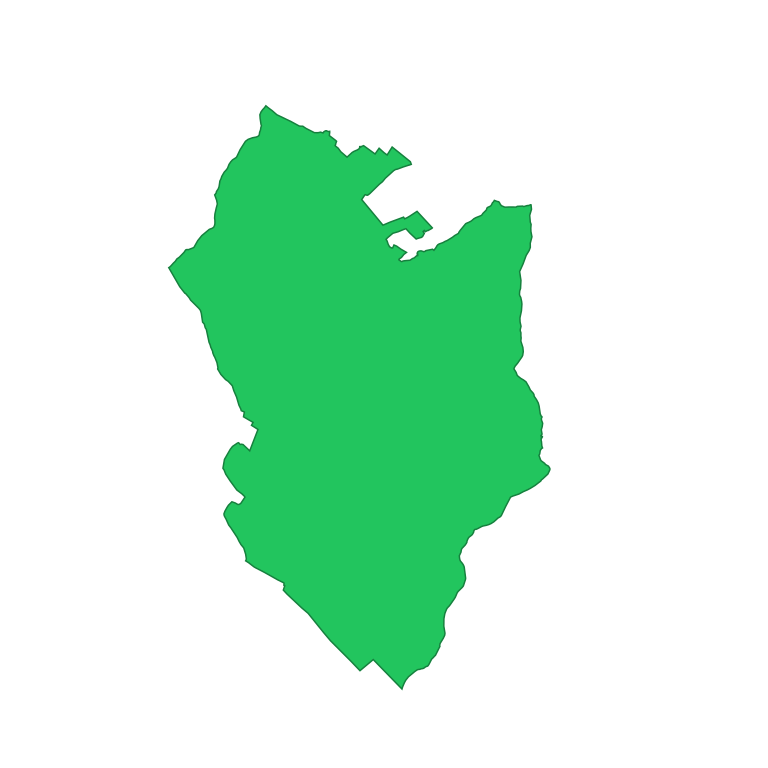 Osesti, Vaslui, Romania (Equal Earth projection), rotated 75°
{"feature_id": "2599482B5127091707181", "entity_name": "Osesti", "entity_type": "district", "adm_level": 2, "iso_a3": "ROU", "parent_name": "Romania", "parent_adm1": "Vaslui", "projection": "equal_earth", "projection_center": [27.44, 46.771], "detail": "fine", "context": "isolated", "style": "filled", "palette": "green", "viewbox_px": 768, "rotation_deg": 75, "n_neighbors": 0, "source": "geoboundaries", "source_scale": "gbopen_adm2", "svg_char_len": 6149}
<svg xmlns="http://www.w3.org/2000/svg" viewBox="0 0 768 768"><g transform="rotate(75 384 384)"><path d="M654.7,481.4L647.4,465.7L683.3,445.6L681.5,444.5L677.9,441.7L675.7,439.6L673.1,436.1L669.7,428.7L668.8,426.2L668.6,425.1L668.9,423.1L668.7,422.4L668.9,420.1L668.8,419.1L667.9,416.9L667.8,415.1L667.6,414.5L666.5,413.2L662.1,409.2L660.9,407.0L659.9,405.6L659.5,404.6L658.8,404.0L651.9,397.9L651.0,397.9L649.2,397.0L644.9,392.5L642.4,390.4L640.5,389.6L633.4,388.9L626.3,386.9L621.6,384.7L619.1,382.9L617.2,381.4L616.1,379.8L615.1,378.1L609.9,371.9L608.4,370.3L604.8,367.5L603.7,366.3L600.6,360.9L599.6,359.6L593.9,355.9L592.7,355.4L581.6,353.9L579.6,354.1L577.6,354.7L575.0,355.9L573.8,356.2L571.8,356.1L569.4,355.7L566.4,353.2L564.2,352.2L563.1,351.4L560.6,347.3L559.2,345.7L558.3,344.9L557.2,344.5L554.8,342.6L553.8,341.2L553.0,339.1L552.3,337.7L550.5,335.9L548.8,335.0L548.1,334.1L548.0,333.6L548.2,332.7L548.0,331.2L546.9,326.4L546.8,324.9L547.0,321.6L546.9,319.0L546.5,316.6L545.5,313.5L542.9,308.4L542.5,306.6L542.1,305.6L541.3,304.6L533.8,298.2L526.2,291.2L525.9,290.5L525.6,288.6L525.2,282.1L524.0,277.1L523.4,272.9L522.7,269.8L521.1,264.4L518.5,258.2L518.1,257.4L517.3,256.8L516.8,255.4L513.4,249.0L510.2,246.3L509.1,245.7L508.2,245.7L505.9,246.4L503.5,248.9L502.3,249.3L498.9,252.0L497.7,252.4L493.0,252.8L491.9,251.7L488.9,250.4L487.9,249.5L487.1,248.4L486.8,247.4L484.9,247.6L480.4,246.8L479.1,246.8L476.9,246.1L476.8,245.4L475.9,245.7L476.0,244.1L475.6,244.8L474.5,245.7L473.3,244.3L468.9,243.9L466.3,242.3L463.0,240.9L459.6,241.2L458.0,240.9L456.8,239.9L456.2,240.0L455.6,240.5L453.2,240.8L445.5,239.9L442.3,239.9L438.4,240.8L434.8,242.1L432.9,241.9L431.4,242.3L427.7,244.2L424.2,244.8L418.6,246.3L416.1,248.3L414.0,250.4L411.3,252.4L410.1,253.1L406.9,253.4L403.0,254.6L402.0,253.9L400.7,252.7L398.6,249.7L393.4,243.6L392.2,242.6L388.8,241.1L384.7,240.4L377.9,240.7L375.0,239.6L372.9,239.3L370.0,238.5L367.9,238.6L366.7,238.3L363.7,236.7L359.2,236.5L355.4,235.6L348.9,232.3L342.5,230.1L339.9,229.7L335.8,229.5L333.7,230.0L332.3,229.9L329.2,228.8L327.1,227.4L319.4,224.9L310.5,223.9L304.0,218.6L296.6,213.4L292.7,209.3L289.9,207.3L285.9,206.3L280.1,203.0L274.7,202.6L271.6,201.9L267.9,200.6L265.5,200.8L258.8,199.6L253.4,196.3L249.0,195.6L248.8,195.9L249.0,198.3L248.7,199.6L248.8,202.9L248.0,204.2L246.9,209.3L247.3,210.6L245.5,217.0L244.5,221.5L242.1,224.5L240.0,225.3L238.4,225.6L237.6,226.1L236.9,227.5L235.2,229.9L236.4,231.1L237.0,232.3L238.8,233.8L239.7,235.0L240.3,238.4L240.7,239.0L242.4,240.1L244.8,244.3L246.2,245.9L246.5,247.1L247.1,252.2L247.6,254.3L249.1,257.4L249.8,260.4L250.0,262.2L250.3,263.6L255.3,270.6L256.8,272.4L257.8,273.1L258.9,277.3L260.0,279.9L261.8,286.0L262.0,287.9L262.7,290.6L263.0,294.5L263.4,295.9L264.4,297.3L265.6,298.4L267.8,301.2L266.4,302.2L266.0,309.1L266.4,309.7L266.5,311.3L265.0,313.7L264.7,315.6L265.0,317.0L266.2,318.1L267.2,318.3L267.3,317.8L268.7,318.2L268.6,319.4L270.0,322.1L270.2,324.1L271.2,326.8L270.3,331.9L270.1,333.9L270.4,334.8L270.2,335.6L267.9,337.5L267.1,336.9L266.3,334.4L264.0,331.3L262.7,328.2L258.1,332.8L254.1,336.1L252.3,338.4L254.8,340.4L254.6,341.4L252.9,343.1L250.1,343.8L246.6,344.0L244.8,344.6L243.6,342.6L240.7,336.4L240.6,330.8L239.8,324.8L239.7,322.6L245.0,319.9L252.3,315.4L252.1,313.7L252.1,309.8L251.5,308.5L249.0,306.1L246.9,306.8L246.1,305.4L247.6,304.7L247.0,302.3L247.2,301.8L246.1,297.5L245.7,296.9L225.8,307.4L228.5,315.6L229.3,318.5L229.8,321.3L227.9,321.9L229.2,336.0L230.3,343.9L200.1,357.8L196.5,353.7L196.3,353.2L196.4,352.8L196.9,352.3L197.4,350.9L196.5,348.6L189.9,336.9L188.2,333.1L185.6,329.5L180.4,319.4L179.8,317.4L179.9,315.3L179.3,309.0L178.9,300.8L176.1,301.0L157.2,314.8L163.6,321.7L160.6,324.1L155.0,327.7L159.5,333.1L148.5,342.0L148.7,344.0L149.2,345.4L148.9,345.8L148.4,345.8L148.4,346.0L149.5,346.4L150.4,347.3L151.0,349.2L151.5,352.7L152.1,354.8L155.3,361.0L148.5,365.6L144.2,367.3L141.9,369.1L141.0,369.5L140.4,368.9L139.0,368.2L137.3,367.0L136.0,367.8L129.9,372.5L126.6,371.2L125.9,371.1L126.0,371.8L125.2,373.2L124.5,374.0L124.3,375.1L124.8,376.8L125.7,377.9L124.3,380.1L124.2,382.7L123.2,386.2L116.9,393.2L114.0,395.7L113.1,398.7L112.4,399.6L106.6,405.7L96.2,417.8L91.0,421.3L87.1,424.4L84.7,426.1L86.3,428.1L87.6,430.2L89.4,432.4L91.8,434.2L95.4,434.9L101.2,435.6L102.8,435.5L104.5,436.6L106.6,437.5L108.7,439.0L111.0,440.0L111.7,440.7L112.1,441.5L112.4,443.4L112.1,447.3L112.5,451.9L113.7,455.0L120.4,462.3L126.5,467.5L127.1,468.5L128.3,472.3L129.7,474.5L131.7,476.8L135.1,479.3L136.5,481.1L138.0,483.5L141.5,487.0L143.4,488.2L145.5,490.0L150.6,492.2L152.6,493.6L154.7,496.0L156.2,496.8L157.5,498.6L163.2,498.1L167.0,498.4L170.8,500.6L176.0,503.3L179.9,504.7L181.8,504.9L185.0,505.7L186.9,506.6L188.4,507.8L189.1,509.5L189.4,512.7L193.5,521.6L197.3,526.8L202.8,532.2L203.1,533.4L203.6,538.2L203.1,539.5L203.1,540.6L203.5,541.3L205.1,543.1L208.5,548.8L209.6,551.7L211.5,553.9L212.7,556.1L214.8,559.3L215.6,560.8L215.9,561.8L237.2,556.1L244.7,552.9L245.3,552.2L250.1,549.9L252.9,549.1L262.9,543.3L264.9,542.4L266.4,542.2L268.7,542.2L277.3,543.2L279.5,542.1L283.4,542.1L285.3,541.5L298.5,542.2L301.1,541.8L303.6,541.8L308.0,541.1L309.6,541.3L312.5,541.0L314.4,540.5L320.1,539.8L325.4,540.2L326.4,540.8L332.5,539.1L338.7,535.9L341.1,533.8L346.4,531.0L351.6,530.8L358.4,529.8L366.9,529.6L371.1,528.8L372.8,528.8L374.9,526.1L379.3,528.2L387.2,520.4L389.6,522.7L395.3,517.5L413.8,531.0L406.0,535.8L405.3,537.2L405.2,538.6L403.1,539.6L403.1,540.8L405.1,546.5L407.3,549.4L415.5,557.6L423.3,561.2L424.0,561.4L425.2,560.8L430.2,560.2L438.0,557.6L448.3,553.6L453.3,549.7L456.5,547.8L457.3,547.6L462.0,552.9L462.4,553.7L462.8,555.0L462.6,556.3L460.4,558.5L458.4,561.4L460.8,565.6L462.5,567.5L465.7,570.6L468.0,572.2L469.2,572.4L470.5,572.3L473.8,571.5L480.0,570.5L483.4,569.1L494.3,565.5L498.5,564.7L502.1,563.7L506.1,561.9L512.7,561.7L517.1,562.2L518.4,562.8L519.0,563.4L521.6,561.0L527.0,556.9L528.4,555.5L534.4,548.9L545.8,537.2L550.1,532.3L550.5,532.1L552.5,532.8L553.2,532.1L557.0,534.6L561.9,532.0L579.0,521.4L585.8,516.7L608.4,506.7L618.4,502.0L642.5,488.1L654.7,481.4Z" fill="#22c55e" stroke="#15803d" stroke-width="1.5"/></g></svg>